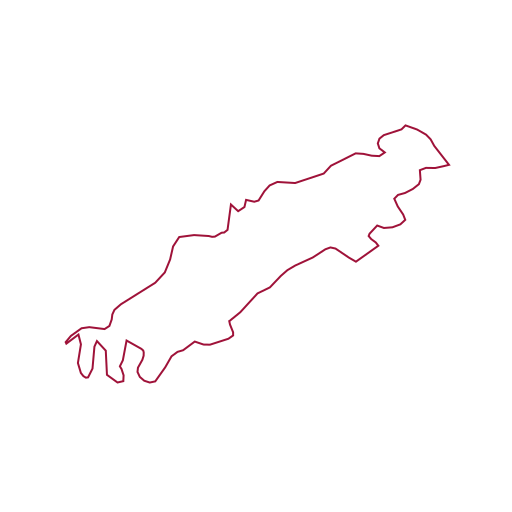 Cremona, Natural Earth projection, rotated 118°
{"feature_id": "ITA-5447", "entity_name": "Cremona", "entity_type": "Province", "adm_level": 1, "iso_a3": "ITA", "parent_name": "Italy", "parent_adm1": "", "projection": "natural_earth1", "projection_center": [10.091, 45.216], "detail": "fine", "context": "isolated", "style": "outline", "palette": "rose", "viewbox_px": 512, "rotation_deg": 118, "n_neighbors": 0, "source": "natural_earth", "source_scale": "10m", "svg_char_len": 2168}
<svg xmlns="http://www.w3.org/2000/svg" viewBox="0 0 512 512"><g transform="rotate(118 256 256)"><path d="M214.1,165.1L213.8,173.3L212.1,189.3L213.5,194.3L217.5,197.9L230.7,205.2L246.0,216.9L253.7,221.6L261.8,224.7L277.2,229.0L288.3,237.1L313.1,243.5L313.3,243.6L313.5,243.7L313.8,243.8L314.0,243.9L314.2,244.0L314.5,244.1L315.0,244.3L315.3,244.4L315.6,244.6L315.9,244.7L316.3,244.8L316.6,245.0L317.0,245.1L317.3,245.3L317.7,245.4L318.1,245.6L318.4,245.8L318.8,245.9L319.2,246.1L319.6,246.2L320.0,246.4L320.4,246.6L320.8,246.7L321.1,246.9L321.5,247.0L321.9,247.2L322.2,247.4L322.6,247.5L322.9,247.7L323.3,247.8L323.6,247.9L323.9,248.1L324.2,248.2L324.5,248.3L325.0,248.5L325.4,248.7L325.6,248.8L325.8,248.9L326.0,248.9L326.1,249.0L328.7,246.8L334.1,240.4L336.9,238.9L342.0,241.5L355.9,255.0L358.8,260.7L360.3,269.9L373.4,276.1L377.5,280.3L384.2,283.5L396.9,283.9L414.0,286.1L417.6,290.4L418.6,296.1L417.3,301.8L414.0,306.2L410.0,307.8L401.0,307.6L396.8,308.4L393.8,309.9L392.4,311.2L391.8,313.6L391.4,330.6L410.6,324.6L417.3,324.4L418.9,321.7L423.5,316.9L428.8,314.4L432.7,318.9L430.9,331.8L410.1,344.2L405.8,356.5L411.9,356.1L432.2,347.5L442.0,347.3L443.3,349.1L443.1,352.0L441.5,355.7L434.1,363.0L416.2,369.1L408.7,375.9L422.4,382.3L421.4,383.6L413.4,381.9L401.7,376.1L397.1,369.8L391.6,355.4L386.6,352.6L379.8,353.6L375.1,355.4L370.0,355.7L362.0,352.6L326.9,332.4L313.3,328.8L299.4,330.2L286.5,333.7L275.3,332.7L266.6,320.5L260.5,307.0L259.7,303.8L258.2,301.4L251.6,297.3L250.2,295.1L246.3,293.4L222.3,302.3L224.8,292.8L218.2,289.2L211.1,291.1L208.9,283.0L205.8,279.8L194.9,279.0L187.3,277.1L180.6,271.9L173.2,255.7L151.4,234.9L141.1,232.2L118.6,216.2L115.4,209.1L113.1,200.9L109.9,194.0L104.1,190.9L103.0,197.6L99.4,201.3L94.4,202.1L89.3,199.9L75.9,187.0L70.5,185.3L68.7,173.2L69.0,162.8L71.0,156.6L72.3,154.6L75.1,150.3L84.9,128.4L88.5,132.4L94.2,139.1L98.4,147.3L103.3,151.6L111.4,146.5L116.1,145.9L123.2,149.0L130.4,154.0L135.4,159.3L140.5,160.8L145.7,154.1L150.3,145.5L154.0,141.2L160.3,143.4L166.6,149.0L171.2,156.2L172.2,163.3L183.0,166.2L185.5,165.9L187.0,162.1L187.8,156.6L189.5,152.8L214.1,165.1Z" fill="none" stroke="#9f1239" stroke-width="2"/></g></svg>